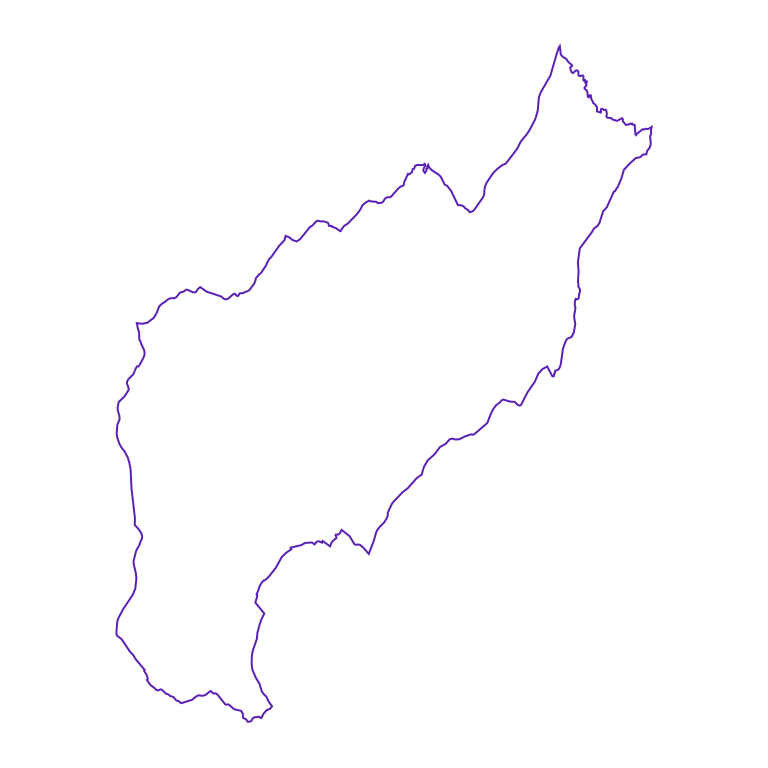 Ventaquemada, Boyacá, Colombia
{"feature_id": "7082276B51013712707361", "entity_name": "Ventaquemada", "entity_type": "district", "adm_level": 2, "iso_a3": "COL", "parent_name": "Colombia", "parent_adm1": "Boyacá", "projection": "equal_earth", "projection_center": [-73.509, 5.383], "detail": "fine", "context": "isolated", "style": "outline", "palette": "violet", "viewbox_px": 768, "rotation_deg": 0, "n_neighbors": 0, "source": "geoboundaries", "source_scale": "gbopen_adm2", "svg_char_len": 6069}
<svg xmlns="http://www.w3.org/2000/svg" viewBox="0 0 768 768"><path d="M577.9,262.4L579.8,248.4L591.9,232.1L594.2,228.2L597.5,226.0L599.4,223.0L603.2,211.3L606.9,207.2L613.2,192.9L614.0,191.5L615.1,191.2L616.7,188.1L617.5,187.5L621.4,178.4L623.8,170.0L628.8,164.4L635.7,158.1L640.3,157.2L642.9,154.5L646.3,154.4L647.2,150.8L649.6,147.9L650.6,144.8L650.7,142.0L650.1,136.3L651.1,133.8L651.0,130.3L651.6,127.0L648.0,129.1L645.7,128.7L644.4,129.5L642.6,129.3L637.2,133.5L636.0,135.1L635.4,134.2L634.7,124.9L632.7,124.6L632.1,123.6L631.1,124.1L630.4,123.6L628.0,124.7L626.0,124.9L622.8,121.3L622.9,119.2L622.0,118.2L617.1,120.9L612.3,119.4L611.2,118.1L607.4,117.7L606.3,116.7L606.9,113.9L606.2,110.2L605.8,109.8L603.9,109.9L602.7,109.0L601.4,108.8L600.8,109.7L601.1,111.8L600.8,112.6L597.0,111.4L597.1,108.6L596.7,106.6L595.1,104.5L593.0,102.7L592.6,101.1L591.4,99.5L590.8,95.3L589.8,95.3L588.8,97.3L588.1,97.0L587.7,96.5L587.6,93.4L586.9,90.7L584.6,88.7L584.6,87.2L586.4,85.6L586.5,84.7L585.8,83.6L586.9,82.1L586.8,81.4L586.1,81.3L585.2,82.0L584.9,81.7L584.9,80.0L583.6,80.4L583.3,79.9L583.5,76.6L583.1,75.8L582.0,75.3L580.4,76.2L578.6,75.6L578.3,71.6L577.9,70.8L577.0,70.4L575.5,70.7L573.2,73.0L571.6,72.3L570.5,69.4L570.2,67.5L571.9,66.2L572.1,65.4L568.0,61.6L566.3,58.9L562.6,56.7L560.8,54.4L559.8,46.1L558.8,47.6L556.8,53.5L550.4,75.6L540.8,92.2L538.9,97.2L537.8,110.2L536.2,116.3L534.8,120.1L530.1,129.0L527.4,133.5L520.8,141.5L517.6,147.9L514.7,152.1L505.8,163.6L502.1,165.2L497.3,168.9L492.9,173.3L486.3,183.3L484.9,186.8L484.3,191.0L484.3,193.9L483.1,197.2L474.6,209.3L472.7,211.2L469.8,212.3L468.2,210.2L464.9,208.0L463.8,206.5L462.2,205.5L457.9,205.0L451.1,190.9L447.1,185.8L444.6,184.5L440.9,176.9L439.0,174.9L432.5,170.7L430.6,169.0L429.2,167.4L428.1,164.8L427.2,166.6L427.4,168.3L426.4,168.9L426.7,169.4L426.4,170.5L424.9,172.9L423.3,170.6L423.6,168.6L425.1,166.0L425.1,164.2L424.6,163.8L423.0,165.1L416.9,165.0L414.9,166.1L414.2,168.7L412.7,169.1L412.0,172.2L409.1,174.4L408.0,173.8L404.2,182.2L403.8,185.0L402.0,186.3L400.8,186.4L398.3,188.5L391.4,196.3L390.3,197.2L387.3,197.2L385.2,198.4L383.1,201.7L381.4,202.9L377.8,203.1L376.2,201.8L371.1,201.4L369.2,200.6L365.7,202.5L362.6,205.2L360.1,209.9L357.1,213.9L347.8,223.6L344.1,225.9L341.5,229.4L340.7,231.1L340.2,231.2L335.8,228.1L332.0,226.7L331.5,225.8L329.1,226.0L328.3,223.4L327.6,222.5L323.4,221.3L321.0,221.4L317.4,220.7L316.5,221.1L312.3,225.6L309.8,227.2L300.1,239.2L296.7,241.4L292.5,240.0L289.2,237.3L285.6,235.9L284.5,240.1L279.0,246.0L271.4,256.8L269.3,258.9L267.0,262.8L266.3,265.0L262.0,271.5L260.6,273.5L259.4,274.2L255.8,278.2L255.7,279.6L254.3,283.5L249.2,290.3L246.9,291.5L244.9,291.9L243.1,293.2L239.8,293.3L238.1,296.0L236.4,295.6L235.5,294.2L234.7,293.7L233.4,294.1L227.8,298.9L225.8,299.4L224.3,299.0L221.0,296.4L206.7,291.7L200.2,287.1L197.9,289.0L195.9,292.0L194.6,292.5L192.9,292.2L187.0,289.6L185.9,289.9L183.4,291.7L180.1,292.5L176.4,297.1L174.7,298.1L170.3,298.3L167.6,299.6L164.5,302.3L162.4,303.3L159.2,306.4L156.6,313.1L153.8,317.8L147.4,322.7L142.3,323.8L136.8,323.1L138.1,329.5L139.1,332.0L139.3,339.8L140.5,341.4L141.0,343.4L143.8,349.4L144.5,351.7L144.6,354.3L143.4,357.9L139.2,365.6L138.3,366.5L137.0,366.4L135.6,368.7L133.4,374.2L128.4,379.2L127.1,381.5L126.9,383.5L128.5,387.6L128.8,389.5L126.5,393.5L124.1,396.8L118.7,402.0L117.6,407.5L117.8,410.6L119.3,415.4L119.6,419.4L117.3,424.8L116.7,433.5L117.1,437.0L119.4,443.9L121.6,447.7L124.6,451.5L127.9,457.8L129.3,462.6L130.6,469.4L131.5,488.6L134.9,517.7L134.8,525.1L137.9,528.3L141.4,533.2L142.2,536.7L141.8,538.9L139.9,543.1L139.6,544.9L137.0,549.0L135.9,551.7L133.6,560.8L133.7,564.2L135.7,572.5L136.4,578.2L135.3,588.7L132.7,594.9L123.1,609.2L118.7,617.5L117.6,620.3L117.1,623.4L116.4,633.2L116.9,635.5L121.7,639.3L129.9,651.6L133.1,654.9L136.0,659.6L144.7,669.9L144.1,670.8L146.8,675.3L147.8,678.9L146.9,680.0L150.5,685.1L154.2,687.8L156.3,689.9L158.3,690.4L160.4,689.4L161.7,689.6L166.2,693.8L167.8,694.1L170.2,695.9L173.7,697.2L176.2,700.4L178.6,701.1L181.2,703.2L192.2,699.8L195.5,696.9L198.4,695.3L202.3,695.8L205.1,695.2L210.5,691.0L213.4,693.5L215.7,693.3L217.3,694.4L225.5,704.6L228.6,704.4L234.1,709.2L241.1,710.9L242.9,713.8L242.9,717.2L243.4,718.2L246.1,719.2L247.4,721.5L248.0,721.9L251.3,721.1L252.2,719.1L253.7,717.5L259.2,716.7L260.7,718.0L261.4,718.0L263.5,713.8L265.9,711.0L266.8,710.1L269.9,708.9L272.0,706.3L268.6,701.5L266.3,696.5L264.7,695.2L261.9,691.7L259.6,684.0L255.7,677.5L252.3,669.4L251.6,663.2L251.9,655.5L252.8,650.7L256.9,638.7L257.4,632.8L259.8,623.9L261.6,618.9L264.3,613.5L255.3,602.6L257.1,596.7L257.2,594.9L256.6,594.5L256.7,594.0L258.2,590.7L259.7,586.1L261.7,582.6L263.8,580.4L264.4,580.5L266.1,579.3L269.2,576.2L275.8,567.8L281.8,557.0L286.4,552.6L291.3,549.3L290.5,547.9L290.8,547.6L301.0,545.2L305.3,542.9L311.9,542.5L314.6,544.4L316.2,542.2L317.4,541.5L319.1,541.3L322.0,542.7L322.6,541.0L330.1,546.3L331.4,542.8L333.4,540.4L336.4,538.1L336.3,536.8L335.5,535.5L335.8,534.5L338.4,534.5L340.0,533.1L341.6,529.9L349.6,536.2L354.3,544.0L355.7,544.8L358.5,544.5L360.2,545.0L363.3,547.6L368.8,553.9L374.1,540.0L376.0,532.9L377.0,530.5L379.8,526.7L384.2,522.4L386.8,518.1L387.7,516.0L387.8,512.6L391.8,504.0L393.1,502.2L402.6,492.2L407.8,488.2L416.7,478.1L421.6,474.7L423.9,467.0L427.7,460.4L434.7,454.1L440.0,447.0L445.6,443.9L449.8,439.2L452.4,438.6L455.2,439.5L459.1,439.3L465.3,436.3L471.4,434.3L472.4,434.7L474.0,434.4L487.3,423.0L491.1,413.2L493.4,408.8L496.2,405.1L499.6,402.7L501.6,400.3L503.5,399.6L510.1,401.6L514.9,401.9L517.7,405.0L519.8,405.6L521.0,405.0L527.5,392.3L534.9,381.6L538.4,373.5L542.3,369.2L547.2,366.5L552.2,376.0L553.2,376.4L553.9,376.1L554.3,373.3L555.0,372.7L555.1,370.9L558.6,369.4L560.0,366.8L560.8,364.0L563.0,348.5L565.4,341.8L566.4,339.8L567.7,338.5L571.5,337.0L573.8,332.5L575.3,323.9L574.2,317.8L574.2,315.2L575.4,308.8L575.2,306.4L574.7,305.0L575.0,300.8L575.7,298.9L577.2,299.4L578.7,298.2L579.1,294.0L580.0,292.0L579.9,289.4L578.3,286.3L578.4,283.8L577.9,281.7L578.6,271.8L577.9,262.4Z" fill="none" stroke="#5b21b6" stroke-width="2"/></svg>